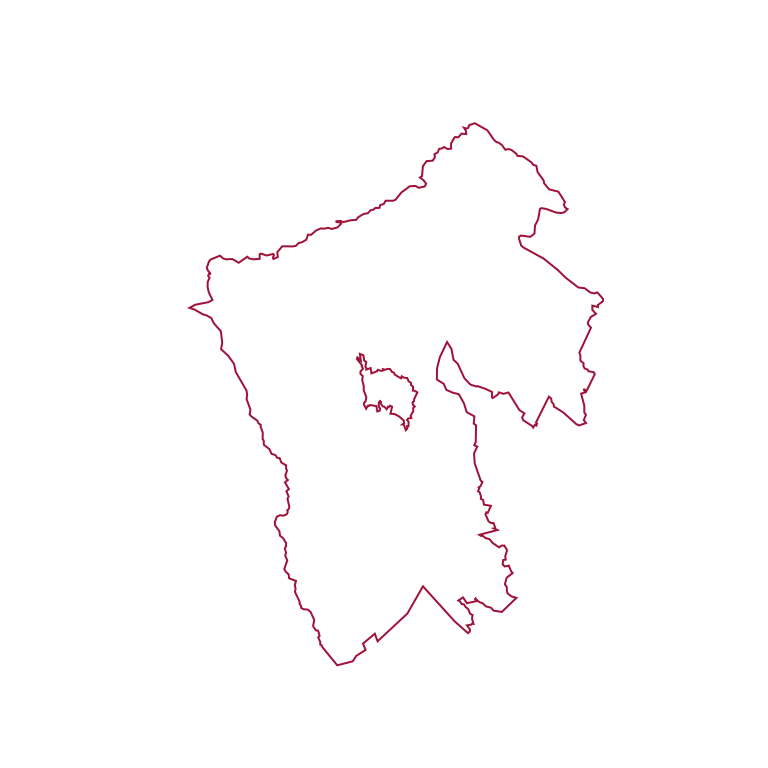 Simalungun, Sumatera Utara, Indonesia (Robinson projection), rotated 115°
{"feature_id": "22746128B18371020983209", "entity_name": "Simalungun", "entity_type": "district", "adm_level": 2, "iso_a3": "IDN", "parent_name": "Indonesia", "parent_adm1": "Sumatera Utara", "projection": "robinson", "projection_center": [99.096, 2.951], "detail": "fine", "context": "isolated", "style": "outline", "palette": "rose", "viewbox_px": 768, "rotation_deg": 115, "n_neighbors": 0, "source": "geoboundaries", "source_scale": "gbopen_adm2", "svg_char_len": 6167}
<svg xmlns="http://www.w3.org/2000/svg" viewBox="0 0 768 768"><g transform="rotate(115 384 384)"><path d="M648.7,328.3L658.7,307.5L648.5,295.1L642.2,294.3L632.8,288.3L628.1,293.3L614.2,286.8L619.9,281.1L582.2,265.8L550.9,263.2L569.2,219.8L574.3,202.6L572.1,201.6L570.1,202.4L567.7,206.8L565.2,203.2L563.8,202.8L563.6,201.5L559.4,205.1L555.9,206.1L555.8,208.8L552.3,212.8L551.7,215.7L549.9,218.4L550.6,220.7L549.0,223.1L548.8,225.1L544.0,222.2L547.6,216.2L541.8,208.5L540.4,210.6L539.6,210.4L540.9,207.6L541.4,204.3L540.9,202.3L542.5,197.7L541.5,192.5L543.1,188.9L540.8,180.9L521.9,173.6L522.6,179.2L521.6,183.3L520.1,184.9L516.3,186.8L514.4,189.8L507.7,191.0L501.0,187.5L500.1,189.5L495.9,194.1L498.4,197.6L497.2,200.3L493.2,201.6L491.8,199.5L488.9,201.3L482.9,202.2L482.0,203.0L479.6,206.7L480.9,209.3L483.4,210.6L482.2,218.3L480.0,222.8L480.7,226.9L479.8,230.7L480.7,231.7L480.4,233.9L468.4,219.5L468.4,223.3L467.6,222.2L463.7,225.9L464.8,228.2L464.3,231.2L459.2,237.0L457.0,237.0L457.0,235.5L449.2,235.6L451.1,242.4L447.2,245.2L447.2,247.7L445.0,248.5L441.7,251.6L441.4,253.5L438.2,253.5L437.7,254.5L435.7,253.3L431.1,253.4L430.8,255.4L417.8,268.1L408.8,273.1L401.3,273.0L401.3,276.3L397.9,276.3L383.5,282.7L382.5,283.2L382.0,285.9L375.1,288.4L374.6,297.1L367.7,303.4L361.6,311.9L362.8,317.9L363.0,325.0L358.6,329.9L357.6,338.0L347.2,342.6L336.1,344.7L319.3,344.6L323.7,337.7L332.7,331.2L334.6,325.6L344.7,313.7L347.5,306.9L348.0,304.8L347.1,298.9L346.4,298.4L345.5,289.4L345.6,282.6L350.1,280.8L350.8,279.5L345.3,276.3L343.0,276.3L342.5,271.7L339.1,267.6L350.4,250.3L351.3,244.3L355.9,244.7L358.0,242.5L359.4,232.4L360.5,230.4L357.3,230.0L357.3,228.3L355.2,228.5L354.9,230.0L325.8,229.2L326.5,226.4L329.3,224.5L330.8,221.5L332.6,220.5L334.0,209.6L339.1,192.8L339.1,189.7L334.0,184.4L332.3,187.7L326.6,187.9L325.2,190.4L319.0,193.3L309.4,201.3L306.6,198.1L304.6,200.4L304.1,199.7L305.0,197.5L286.0,197.1L284.7,198.9L286.0,204.0L284.9,205.7L285.1,208.8L283.3,211.0L280.9,211.8L279.9,215.8L274.6,218.4L273.1,220.2L245.5,220.2L243.8,224.2L241.8,225.3L235.8,224.9L230.8,221.5L228.8,226.5L224.9,228.3L223.8,222.6L222.1,223.5L216.4,220.6L214.3,221.5L210.8,229.3L213.0,231.6L213.9,235.6L212.4,242.6L214.4,248.7L210.9,264.4L207.4,274.1L202.9,292.2L201.3,315.8L200.5,318.2L195.3,323.0L193.3,323.8L191.5,322.5L188.8,313.6L184.1,311.2L176.5,314.1L169.6,313.9L159.6,316.6L158.2,315.9L156.8,311.0L155.9,300.6L154.2,295.7L152.2,293.2L147.9,291.5L147.5,294.5L145.4,296.9L142.6,296.9L136.0,307.2L137.8,316.6L134.5,323.6L132.1,325.3L127.0,334.4L121.8,338.2L122.4,341.2L120.8,344.1L119.0,354.2L120.8,359.4L119.3,361.7L118.0,367.5L118.5,370.5L120.4,373.0L117.7,378.0L116.9,381.5L117.1,384.7L116.1,387.8L110.4,397.5L109.3,411.9L113.4,416.2L116.2,415.9L117.7,417.3L118.0,419.8L119.8,416.9L122.7,415.1L124.3,419.5L129.0,420.9L130.1,423.9L131.0,424.4L138.1,424.8L142.2,422.6L144.2,425.6L143.9,429.8L145.8,430.8L147.6,433.4L151.4,433.2L154.5,435.4L156.7,433.8L161.0,434.2L164.0,439.6L170.2,440.8L179.5,437.4L181.7,438.7L182.6,434.4L184.7,430.4L187.8,430.6L191.5,435.4L191.2,439.2L193.9,444.2L203.1,449.2L212.1,451.4L214.0,453.1L217.2,460.0L221.0,460.3L223.5,463.1L226.3,462.5L228.1,466.3L230.2,467.0L232.2,469.6L236.0,470.8L238.6,474.4L243.6,477.8L247.0,478.6L249.9,483.7L254.5,489.3L254.6,492.5L256.6,495.9L257.3,495.5L256.1,492.2L256.8,490.6L261.7,492.3L265.6,496.9L266.0,500.6L268.2,503.4L269.8,507.1L273.5,510.4L279.6,513.1L280.7,516.0L286.1,515.4L290.1,518.2L292.3,520.9L295.9,522.2L297.7,524.5L302.2,534.4L309.7,536.4L313.8,533.9L317.4,537.0L316.5,538.1L313.7,538.2L312.9,539.3L317.2,544.8L317.8,550.6L318.9,551.5L323.1,549.6L326.1,554.8L327.2,559.2L326.4,561.7L335.5,566.9L334.8,574.3L337.7,579.7L338.2,582.6L337.0,586.9L344.4,593.7L346.8,594.4L353.5,593.7L355.5,591.7L357.1,588.3L357.8,588.1L357.9,589.2L360.3,589.1L361.4,587.0L366.0,586.9L370.6,584.9L375.1,581.4L380.3,575.0L384.1,577.8L391.9,588.5L397.2,592.5L396.6,587.1L397.4,577.8L396.8,573.4L397.2,568.5L400.9,563.8L405.2,554.1L415.1,548.0L421.3,546.4L424.3,536.9L429.2,528.4L435.8,523.4L448.0,505.9L451.5,503.5L455.7,502.2L463.7,494.2L468.4,492.9L469.6,490.1L470.7,483.4L472.7,481.0L473.1,478.4L474.8,477.8L479.2,473.4L485.2,470.7L486.0,469.2L489.9,467.2L491.4,460.4L494.8,456.4L494.3,452.4L496.1,449.5L495.3,447.2L498.5,444.0L499.1,438.3L501.7,437.2L503.6,435.3L508.8,434.7L510.8,432.7L511.6,430.6L515.0,432.2L519.4,425.8L522.5,427.1L526.1,423.0L528.9,422.9L535.2,417.9L537.7,417.5L539.2,418.3L540.8,417.1L543.2,417.1L545.9,419.6L546.9,422.8L549.4,425.0L555.3,424.6L558.0,423.1L561.7,416.5L565.4,414.2L566.4,410.1L569.6,405.5L572.3,404.2L575.0,404.4L578.2,401.5L581.3,401.0L584.8,397.1L593.8,396.2L595.6,393.8L596.9,389.9L600.2,387.9L599.7,380.5L604.0,379.9L606.9,377.6L610.0,376.9L617.0,368.4L618.7,367.8L620.2,365.4L621.9,364.5L622.1,361.8L620.7,357.7L621.6,354.2L627.4,347.4L632.7,346.2L634.1,345.1L636.0,341.6L635.5,339.8L636.5,338.4L639.6,335.9L641.5,336.5L644.7,332.8L647.2,331.6L647.1,330.3L648.7,328.3ZM411.9,344.0L412.5,345.3L414.5,344.1L416.6,344.7L412.4,348.9L412.9,350.2L411.1,349.2L408.7,350.7L407.0,356.8L406.8,361.6L408.2,365.6L401.1,367.1L401.2,369.5L402.8,369.9L402.8,370.7L405.8,370.9L404.5,374.0L404.8,375.6L403.0,378.8L401.5,379.2L401.1,380.4L402.6,380.9L404.6,380.3L407.1,378.7L407.8,377.1L410.1,376.6L411.7,378.5L407.2,381.6L408.3,385.3L409.2,388.2L410.5,388.5L410.6,389.5L414.0,389.7L411.1,393.5L409.0,394.1L407.5,393.3L403.5,394.4L398.4,399.6L394.4,401.5L389.5,405.5L385.8,406.6L384.9,409.4L383.8,410.2L382.3,410.6L378.9,409.5L377.4,411.7L376.4,411.7L372.7,419.2L371.1,419.3L372.5,414.9L366.9,418.6L366.7,414.8L371.0,411.9L371.6,409.3L376.0,408.3L377.1,406.7L378.4,406.2L375.2,402.8L379.7,399.9L375.4,395.7L373.8,395.7L373.3,392.1L372.1,390.5L371.0,391.2L370.6,389.0L368.8,387.2L367.9,384.7L369.4,382.3L369.6,383.0L369.6,379.6L370.9,378.4L371.5,373.5L371.6,370.9L369.5,371.2L369.9,368.8L368.8,365.5L371.1,362.8L371.6,360.0L373.4,359.3L374.2,356.4L377.8,355.0L377.2,353.3L377.5,350.2L384.8,350.3L386.9,349.5L388.5,350.4L390.6,349.1L391.4,346.6L393.4,347.4L396.3,346.0L401.5,346.5L403.1,344.8L405.2,347.6L406.9,347.9L407.9,345.7L411.9,344.0Z" fill="none" stroke="#9f1239" stroke-width="2"/></g></svg>